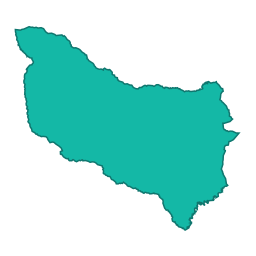 Comodoro, Mato Grosso, Brazil, rotated 269°
{"feature_id": "56859067B94261224091437", "entity_name": "Comodoro", "entity_type": "district", "adm_level": 2, "iso_a3": "BRA", "parent_name": "Brazil", "parent_adm1": "Mato Grosso", "projection": "orthographic", "projection_center": [-59.748, -13.193], "detail": "fine", "context": "isolated", "style": "filled", "palette": "teal", "viewbox_px": 256, "rotation_deg": 269, "n_neighbors": 0, "source": "geoboundaries", "source_scale": "gbopen_adm2", "svg_char_len": 5784}
<svg xmlns="http://www.w3.org/2000/svg" viewBox="0 0 256 256"><g transform="rotate(269 128 128)"><path d="M25.0,183.5L27.1,187.1L27.4,187.2L27.2,185.6L27.8,185.4L28.8,187.7L31.6,189.7L31.9,188.8L32.1,189.5L32.7,189.8L33.2,188.9L34.3,188.6L35.1,187.6L35.6,187.8L35.6,188.3L36.4,188.3L36.5,190.0L36.9,189.5L37.0,190.6L37.7,190.9L38.6,190.3L39.2,190.7L40.5,190.8L40.1,191.7L41.4,191.9L41.1,193.2L42.4,193.4L43.2,194.6L43.6,194.7L43.4,193.3L46.2,193.2L46.7,193.6L46.8,194.2L45.6,195.8L47.5,195.7L48.3,196.2L48.9,195.5L49.8,196.2L52.2,196.1L52.5,196.7L51.2,197.1L51.1,197.6L52.6,198.3L52.3,199.0L51.5,199.4L50.3,198.8L49.9,199.5L50.7,200.3L51.9,200.0L52.1,200.3L49.7,202.7L49.6,203.1L50.1,203.2L51.1,202.6L53.5,202.9L53.6,203.3L52.7,203.9L52.7,204.9L51.4,206.2L51.5,206.7L52.3,206.9L52.8,206.0L54.0,206.0L54.1,206.6L53.6,207.2L54.0,208.5L54.2,212.2L54.8,212.5L54.8,211.5L56.7,212.8L57.5,212.2L57.9,212.6L57.7,213.2L57.9,213.5L58.5,213.4L58.6,213.8L57.7,214.2L57.6,215.2L56.9,215.0L58.1,217.1L61.0,216.9L61.7,217.8L61.7,219.5L62.5,221.3L63.8,220.4L64.1,221.2L65.2,220.4L65.5,221.6L66.4,221.5L66.4,222.6L67.6,223.3L68.1,224.2L68.1,225.6L68.9,226.7L70.4,225.4L75.6,224.7L80.1,222.3L81.0,222.3L81.5,221.8L82.3,221.9L85.3,220.6L90.0,222.2L92.8,222.1L94.3,222.5L98.8,222.8L103.3,224.9L103.8,224.9L104.8,223.7L105.9,224.1L106.8,224.0L108.0,224.4L108.9,225.5L109.2,228.0L112.7,228.7L113.0,230.3L114.5,233.2L121.0,238.9L121.1,236.1L122.9,232.5L123.1,230.3L122.7,228.3L123.5,227.2L123.4,226.2L124.5,225.1L124.7,224.2L126.3,223.4L131.1,223.0L131.0,224.2L132.7,230.1L135.1,232.7L135.8,231.8L137.2,231.2L138.1,229.6L140.7,229.8L142.2,229.2L144.2,229.2L144.4,228.4L145.9,227.5L148.1,226.8L151.8,223.4L152.6,222.3L153.4,222.0L154.7,220.3L156.5,220.9L160.5,221.4L162.5,222.8L163.1,223.8L165.7,223.3L165.7,222.4L166.6,221.5L169.2,219.9L171.7,217.3L172.7,217.1L172.0,215.7L172.1,214.3L171.4,211.5L173.0,209.4L172.7,208.3L172.3,208.8L172.1,208.4L171.0,208.3L171.2,207.3L172.0,207.6L172.3,206.6L171.4,205.3L170.7,205.6L170.3,203.7L169.3,203.6L168.7,202.8L167.5,202.6L167.0,203.2L166.0,203.4L165.5,202.5L165.7,200.6L164.8,200.4L165.0,199.8L164.4,198.9L164.5,197.6L163.7,196.7L163.5,195.6L163.8,195.3L163.4,192.1L163.5,190.2L164.1,189.5L163.8,187.9L164.0,186.7L163.3,185.1L164.5,183.5L165.7,180.8L166.4,180.5L166.4,179.1L167.4,178.2L167.0,176.4L167.4,176.3L167.1,174.8L167.5,173.3L166.8,172.3L167.4,171.0L166.8,170.9L166.7,170.3L167.0,169.1L167.6,168.8L168.1,166.4L167.6,165.9L167.8,165.6L167.1,165.2L167.9,163.6L169.1,163.0L169.3,161.1L169.9,160.8L170.8,158.9L170.7,157.1L169.2,155.0L169.2,154.4L169.9,153.5L170.3,149.5L170.3,148.4L169.5,147.3L170.2,146.5L170.3,145.4L168.9,142.8L168.3,142.5L168.3,140.1L166.9,138.8L167.2,136.5L168.4,134.1L170.8,132.5L171.0,130.4L172.2,128.1L172.0,125.5L172.8,124.3L173.9,123.6L175.1,119.8L176.0,119.3L176.2,118.5L178.5,118.2L179.0,116.3L179.7,115.6L181.1,115.4L181.3,114.1L182.1,113.1L184.0,113.2L186.5,111.0L186.8,110.2L186.4,109.8L187.0,107.3L188.2,105.7L187.3,104.3L186.5,104.3L187.4,102.2L187.2,100.1L188.5,97.2L190.1,96.2L190.7,95.4L191.9,95.1L193.2,94.2L196.1,89.9L197.4,89.2L198.0,88.2L198.9,88.4L201.7,87.8L201.9,86.4L203.0,86.0L204.6,83.5L207.1,81.3L207.9,80.1L209.1,77.3L209.0,75.0L210.6,72.6L211.8,72.7L213.4,71.6L214.5,71.7L215.9,71.0L217.5,68.7L220.1,67.1L221.3,65.8L220.8,65.3L220.9,64.8L222.2,63.6L221.7,57.6L222.8,56.5L224.1,53.3L223.9,49.6L225.7,47.3L228.8,45.3L229.8,42.9L229.5,39.8L230.3,37.9L229.9,36.0L230.5,34.3L230.4,32.9L231.0,30.9L228.7,25.5L228.4,23.5L227.7,22.3L228.4,17.1L226.0,17.2L224.3,17.7L223.2,17.4L220.4,18.6L218.1,18.3L216.6,19.5L215.7,19.5L214.0,20.2L213.2,19.6L212.8,19.7L213.1,20.1L211.6,21.0L210.0,21.4L209.3,21.9L208.6,21.8L208.5,22.5L208.0,22.3L207.0,24.1L206.3,23.9L205.8,24.9L204.7,25.7L204.3,26.5L201.8,28.2L201.2,28.3L201.6,28.8L199.9,31.1L199.5,33.2L198.5,33.1L195.7,34.6L194.6,34.3L193.8,33.4L193.0,33.2L192.5,30.8L189.1,27.9L188.9,28.2L188.1,27.5L187.7,28.1L186.3,28.1L184.4,26.9L183.8,25.9L182.6,25.5L180.3,25.3L179.3,25.6L176.9,24.7L174.8,24.8L173.5,25.8L170.8,25.2L169.4,25.9L168.1,25.4L167.6,25.7L164.4,25.4L164.0,25.7L163.4,25.3L162.3,25.9L160.7,25.7L159.0,26.8L158.2,26.5L156.2,27.2L154.2,26.6L152.6,26.7L150.9,27.9L149.6,27.1L149.4,27.4L148.7,27.3L148.2,28.3L145.5,28.0L145.1,27.4L143.5,27.5L142.1,28.5L141.0,27.9L138.2,28.9L136.0,28.1L133.6,30.0L131.8,30.0L129.9,30.7L129.4,31.4L126.3,32.1L125.0,34.6L123.4,35.9L123.5,37.1L122.9,37.2L122.0,38.4L121.7,39.8L120.9,41.1L121.1,42.9L120.7,45.9L119.4,47.2L117.8,47.7L114.7,49.8L115.3,52.1L114.9,53.8L113.2,55.6L111.2,58.6L109.1,60.9L106.4,62.0L105.6,60.0L103.1,60.0L102.8,60.4L103.0,61.2L100.3,63.0L98.6,65.5L98.3,66.8L98.5,67.8L97.1,68.1L96.3,68.9L96.3,71.4L97.3,72.2L97.3,72.8L95.9,74.4L95.2,76.0L96.6,78.7L96.1,79.8L97.0,81.6L96.9,82.0L96.0,82.3L96.2,84.9L95.4,87.7L94.4,89.5L94.8,91.9L94.5,93.7L93.8,95.1L91.9,97.0L90.6,101.5L89.1,101.8L88.1,102.8L86.9,102.1L86.3,102.6L85.1,102.8L83.3,102.5L82.7,102.9L82.3,104.1L81.3,104.8L80.9,106.1L80.0,107.0L79.8,109.2L76.9,110.6L76.2,112.3L74.0,114.8L72.4,115.3L72.3,117.1L73.0,118.9L72.6,119.7L73.0,120.4L72.7,121.5L73.9,122.5L71.6,125.5L70.2,126.4L69.6,127.5L69.6,128.7L67.4,132.2L67.8,134.6L66.8,135.3L66.3,137.0L64.9,137.1L64.9,139.2L63.8,140.1L63.8,141.1L62.7,142.1L62.5,142.9L63.3,143.7L63.3,144.7L62.8,145.5L62.6,147.7L61.8,148.6L61.9,150.8L62.5,152.8L61.9,153.1L61.8,154.9L60.9,157.6L59.6,157.8L59.2,158.5L58.3,158.4L56.3,160.7L56.0,161.4L54.0,161.9L52.3,161.6L47.4,163.2L45.2,164.8L45.3,166.0L44.9,166.9L43.8,166.9L43.4,168.1L42.6,168.3L40.1,170.2L39.3,170.0L38.5,170.9L37.6,171.0L36.5,170.4L34.1,170.9L33.2,172.4L33.4,173.1L33.2,173.5L32.7,173.3L30.6,174.8L30.4,175.4L30.1,175.1L29.5,176.1L28.4,176.9L27.4,180.2L26.6,180.6L26.9,181.6L25.3,182.7L25.0,183.5Z" fill="#14b8a6" stroke="#0f766e" stroke-width="1.5"/></g></svg>